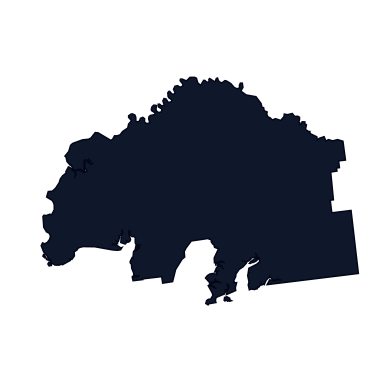 outline of Litchfield, Northern Territory, Australia, rotated 263°
{"feature_id": "25037944B87513158470011", "entity_name": "Litchfield", "entity_type": "district", "adm_level": 2, "iso_a3": "AUS", "parent_name": "Australia", "parent_adm1": "Northern Territory", "projection": "mercator", "projection_center": [131.088, -12.502], "detail": "fine", "context": "isolated", "style": "filled", "palette": "ink", "viewbox_px": 384, "rotation_deg": 263, "n_neighbors": 0, "source": "geoboundaries", "source_scale": "gbopen_adm2", "svg_char_len": 5983}
<svg xmlns="http://www.w3.org/2000/svg" viewBox="0 0 384 384"><g transform="rotate(263 192 192)"><path d="M224.0,348.0L226.3,342.8L225.6,337.9L227.4,333.8L226.2,331.0L230.8,329.9L229.8,324.9L228.4,322.7L231.6,322.6L235.1,317.1L235.9,316.3L237.7,316.4L237.8,315.1L240.3,312.2L244.7,313.8L246.2,312.3L247.8,312.6L248.3,309.9L245.8,308.5L245.9,307.3L247.8,307.4L248.8,306.4L250.5,307.5L253.1,307.8L254.3,306.2L254.5,303.1L257.7,301.1L257.1,296.2L258.1,293.1L255.7,292.5L252.2,288.8L254.6,283.8L253.7,280.3L255.7,279.0L257.7,276.2L260.8,275.7L262.2,276.4L264.0,273.5L266.9,273.4L267.9,271.6L271.3,271.4L278.8,267.1L281.7,257.6L285.5,253.5L286.8,253.1L289.6,255.3L293.9,255.2L294.2,253.3L292.2,252.1L289.6,251.9L288.9,249.4L290.5,246.7L294.9,243.7L298.0,239.8L298.5,238.2L296.7,235.0L297.5,233.2L299.1,231.8L302.0,231.2L301.7,230.0L299.0,228.6L298.9,227.6L302.5,223.3L301.8,222.5L299.6,222.4L299.0,221.5L299.3,219.9L301.1,218.5L301.4,217.2L296.7,213.5L299.9,210.9L304.4,210.3L305.5,208.5L306.0,204.0L302.9,200.0L305.3,196.0L305.4,194.3L304.0,193.8L300.1,196.1L298.3,195.7L297.4,192.9L299.3,190.7L299.0,187.9L296.2,186.2L292.3,187.4L291.4,186.1L291.5,184.2L294.6,182.1L294.7,181.4L293.5,180.1L289.8,179.9L288.3,180.5L285.9,183.3L284.3,182.7L283.7,180.4L284.1,179.2L287.6,177.5L288.2,175.6L286.0,174.2L281.4,175.1L281.2,172.3L283.2,170.5L283.2,169.1L280.5,169.1L278.2,172.0L276.7,172.0L275.0,170.7L275.1,168.2L276.7,166.7L278.4,166.3L282.0,167.3L282.4,166.8L282.9,164.6L281.3,162.6L278.7,161.6L277.5,162.0L274.9,165.2L273.3,164.1L273.1,160.3L272.2,158.6L269.9,157.9L266.2,158.5L265.7,158.0L265.4,155.8L266.2,154.2L267.8,153.4L270.5,153.9L272.1,152.3L271.4,149.8L268.5,148.4L268.5,145.5L269.3,144.9L273.1,145.3L275.4,144.7L276.8,142.4L276.8,141.0L275.4,138.4L273.8,138.2L270.1,140.7L267.2,137.4L263.3,136.0L260.5,130.5L257.5,127.6L256.9,124.7L257.2,121.9L254.3,119.9L253.0,117.9L262.1,106.1L262.8,103.2L257.9,98.3L257.0,95.8L257.1,89.7L255.4,82.2L254.7,79.4L253.1,77.2L247.2,74.6L243.1,70.3L242.1,71.2L237.4,71.7L233.3,74.5L233.4,75.4L228.8,76.8L227.8,78.6L228.3,83.8L225.3,87.6L234.9,88.3L237.1,89.4L235.9,92.2L237.0,93.4L235.2,93.4L234.8,96.0L235.0,92.4L232.4,94.4L232.3,95.8L233.3,97.5L232.2,96.4L232.0,94.5L236.3,90.7L236.3,89.6L230.1,88.6L226.2,89.6L225.2,91.2L225.7,89.7L224.3,87.3L227.4,83.3L226.8,77.8L224.2,79.1L219.9,77.0L224.9,78.7L231.3,73.8L232.0,72.4L227.6,69.3L226.1,69.3L223.8,65.5L220.8,62.8L217.5,61.4L212.5,57.2L209.8,53.5L210.0,49.4L204.7,47.1L200.8,52.1L199.1,53.0L196.3,53.7L191.1,53.1L186.4,49.8L187.3,48.2L186.4,44.6L187.0,42.2L185.9,41.1L175.0,40.6L170.2,42.7L168.4,45.3L165.6,46.2L162.4,44.9L159.8,42.5L158.5,39.6L159.7,37.5L157.1,35.8L150.8,37.4L146.3,40.4L142.3,41.6L141.7,44.3L141.3,42.3L139.8,43.1L136.2,47.0L135.6,51.0L136.2,53.7L135.6,54.6L138.9,62.8L140.2,62.3L139.8,64.6L142.9,67.5L147.0,67.7L148.3,70.6L150.2,72.2L150.8,74.3L151.1,77.3L149.5,88.9L144.2,106.1L143.2,111.2L143.4,114.1L145.4,115.7L145.1,114.6L149.3,109.7L150.0,107.0L148.6,106.5L149.9,106.4L150.4,106.9L149.6,108.6L149.8,111.8L152.3,111.2L151.4,112.3L152.0,113.0L155.9,114.6L157.4,113.9L157.7,115.6L159.8,117.8L163.7,118.0L159.8,118.4L156.8,116.4L150.5,115.2L148.5,119.3L150.1,121.2L151.7,121.1L151.1,122.3L150.0,122.5L150.5,124.2L152.2,125.2L158.6,124.1L161.2,124.8L160.0,125.5L156.9,125.4L155.0,127.1L154.9,129.1L152.7,130.5L152.2,129.9L148.3,129.5L146.5,130.2L141.6,128.5L141.2,129.7L143.5,132.8L144.8,130.6L146.0,131.0L145.8,135.1L145.5,130.9L143.2,133.1L140.8,129.8L140.9,127.7L139.9,126.7L133.5,125.3L134.2,124.6L130.6,122.2L129.1,122.1L127.6,123.1L123.5,122.9L120.0,124.8L121.0,123.6L118.4,124.3L116.7,124.0L115.3,125.3L115.5,128.9L114.7,128.6L114.3,125.5L115.7,123.2L115.0,122.3L111.1,122.7L111.1,132.5L111.8,132.5L111.7,151.6L105.1,151.8L105.4,161.8L117.1,166.3L126.5,173.9L128.3,176.8L133.8,177.0L137.1,179.2L143.5,185.3L143.9,202.7L143.0,203.3L142.9,204.6L141.0,205.6L140.3,205.0L137.9,206.1L137.3,207.2L134.3,207.7L132.4,211.4L123.8,206.0L119.1,205.7L119.4,207.1L118.4,207.9L119.7,211.4L119.4,213.9L118.3,214.9L119.1,210.8L116.4,208.1L115.5,212.2L113.1,212.8L112.0,214.4L112.7,212.7L115.0,211.9L115.4,209.0L114.0,207.2L110.0,204.9L110.7,206.7L110.2,208.6L108.8,206.2L107.1,206.8L108.6,202.4L108.4,199.7L107.2,197.1L105.0,194.9L99.9,198.5L100.3,204.2L101.0,204.7L102.0,203.9L102.5,204.3L99.9,206.0L100.1,207.2L98.9,208.6L99.7,204.4L98.4,198.0L97.7,198.2L96.0,201.8L94.0,203.2L94.0,204.8L93.6,203.8L93.6,203.1L97.4,198.0L97.0,196.7L89.0,199.9L86.8,200.1L83.4,197.5L83.5,195.3L82.6,193.4L79.7,192.1L78.0,194.2L79.0,195.1L79.4,202.3L81.7,202.0L84.4,203.1L86.8,211.7L89.8,213.7L90.7,212.9L90.6,214.1L93.0,216.3L96.1,215.3L95.5,216.9L92.6,217.2L90.2,215.2L86.0,213.7L88.9,223.4L91.6,223.3L96.6,225.2L96.7,222.5L97.9,223.0L98.6,222.5L102.8,225.1L105.2,225.6L109.4,229.3L111.5,233.5L114.7,237.2L116.0,237.0L118.1,233.0L115.9,238.0L118.0,242.1L119.3,242.8L119.7,247.8L121.0,248.3L123.8,247.3L120.8,248.8L119.0,248.3L118.7,250.4L114.7,250.8L112.4,247.4L109.4,239.2L105.2,238.0L104.9,238.9L104.2,237.8L102.5,237.1L95.7,237.6L93.0,236.5L87.9,237.0L88.5,238.8L87.6,242.0L88.1,245.1L89.9,245.4L89.4,246.5L90.0,247.4L92.7,249.3L91.2,249.2L91.5,251.3L92.3,251.8L91.4,252.5L95.1,254.6L97.3,257.0L97.6,258.6L98.9,258.9L94.7,261.6L94.9,267.3L93.4,270.2L94.5,267.0L93.8,262.6L95.4,258.4L90.9,255.3L90.9,347.2L154.3,347.6L154.3,328.2L167.0,328.2L167.0,331.4L194.9,332.1L195.1,338.4L198.2,338.3L198.2,341.3L205.0,341.3L205.0,348.2L224.0,348.0ZM80.6,210.7L79.8,211.4L80.6,212.5L79.4,214.0L80.1,214.4L79.0,215.7L79.3,217.9L80.2,216.6L82.0,216.4L83.8,213.8L83.4,211.5L80.6,210.7ZM117.7,249.9L118.2,246.4L115.8,241.9L114.5,243.9L115.5,247.0L117.7,249.9ZM137.2,43.8L139.6,41.2L138.1,40.2L136.1,41.1L136.2,43.4L137.2,43.8ZM144.5,39.0L147.8,37.6L148.1,37.1L146.5,36.2L144.4,38.1L144.5,39.0ZM114.3,241.9L115.1,241.2L114.2,240.3L114.0,241.1L114.3,241.9ZM117.3,206.7L118.0,207.4L118.5,206.8L117.3,206.7ZM142.4,40.0L143.8,39.4L142.7,39.4L142.4,40.0Z" fill="#0f172a" stroke="#020617" stroke-width="1.5"/></g></svg>